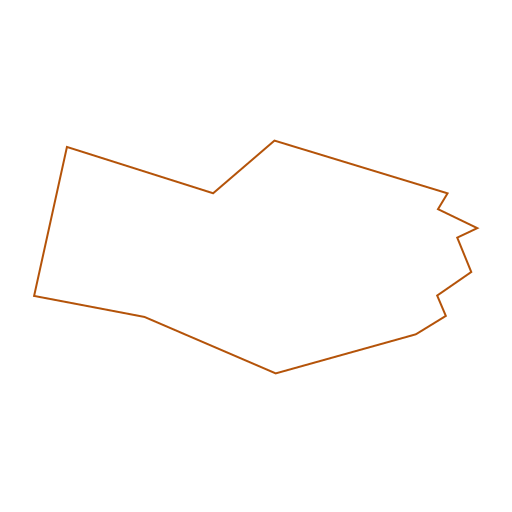 outline of Kapoeta North, Eastern Equatoria, South Sudan, rotated 273°
{"feature_id": "79223893B90459000801703", "entity_name": "Kapoeta North", "entity_type": "district", "adm_level": 2, "iso_a3": "SSD", "parent_name": "South Sudan", "parent_adm1": "Eastern Equatoria", "projection": "natural_earth1", "projection_center": [33.472, 5.308], "detail": "fine", "context": "isolated", "style": "outline", "palette": "amber", "viewbox_px": 512, "rotation_deg": 273, "n_neighbors": 0, "source": "geoboundaries", "source_scale": "gbopen_adm2", "svg_char_len": 356}
<svg xmlns="http://www.w3.org/2000/svg" viewBox="0 0 512 512"><g transform="rotate(273 256 256)"><path d="M328.6,444.0L372.2,268.4L316.4,209.9L355.0,61.5L204.5,36.5L189.3,147.8L139.8,281.8L186.1,419.5L186.5,420.2L206.1,448.7L226.0,439.0L251.3,471.8L284.9,456.0L295.4,475.5L312.3,435.3L328.6,444.0Z" fill="none" stroke="#b45309" stroke-width="2"/></g></svg>